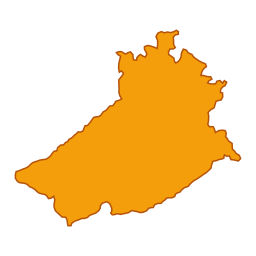 Belmiro Braga, Minas Gerais, Brazil (Robinson projection)
{"feature_id": "56859067B40732579968436", "entity_name": "Belmiro Braga", "entity_type": "district", "adm_level": 2, "iso_a3": "BRA", "parent_name": "Brazil", "parent_adm1": "Minas Gerais", "projection": "robinson", "projection_center": [-43.465, -21.971], "detail": "fine", "context": "isolated", "style": "filled", "palette": "amber", "viewbox_px": 256, "rotation_deg": 0, "n_neighbors": 0, "source": "geoboundaries", "source_scale": "gbopen_adm2", "svg_char_len": 3309}
<svg xmlns="http://www.w3.org/2000/svg" viewBox="0 0 256 256"><path d="M205.5,63.9L201.8,62.4L198.3,60.4L195.4,58.4L193.3,56.7L191.9,54.4L189.5,53.5L187.7,52.2L186.4,50.1L183.3,49.1L181.4,53.3L181.1,56.8L179.7,59.8L177.9,61.8L175.7,63.0L174.4,61.1L173.9,58.1L171.1,56.1L168.8,54.6L168.4,52.1L170.1,48.9L173.1,49.0L175.3,47.6L173.6,44.6L173.6,41.1L173.3,37.2L175.3,34.9L178.3,34.3L178.4,31.7L176.4,30.3L173.6,31.8L170.5,32.6L167.4,32.0L164.5,32.8L161.3,31.6L157.8,33.2L156.0,36.7L157.6,40.4L157.6,44.9L157.1,48.4L154.1,47.2L150.1,45.9L147.5,45.5L144.4,46.7L144.5,49.3L145.7,51.5L146.9,54.0L145.3,57.1L142.5,55.9L140.5,54.4L138.5,55.8L136.9,57.7L136.6,60.2L133.6,59.8L133.0,57.1L132.9,54.5L130.4,51.9L127.6,52.8L125.7,54.1L123.8,53.1L121.4,51.6L118.6,51.7L116.4,52.6L117.8,54.5L120.6,56.3L119.5,60.6L118.8,63.7L118.6,68.1L119.3,72.2L121.5,70.9L123.5,73.5L122.2,75.5L120.7,77.5L118.8,79.9L118.9,85.2L119.1,88.9L118.9,92.4L119.9,95.9L121.7,98.9L119.1,100.3L115.9,101.2L114.6,103.4L112.8,105.7L109.9,106.0L108.3,107.6L106.5,110.0L103.2,111.9L100.8,115.2L98.5,116.7L96.0,116.8L93.6,117.5L92.2,119.5L89.7,122.9L87.4,125.6L85.1,125.7L84.1,128.0L83.0,130.9L80.6,132.1L78.2,131.8L76.1,133.9L74.1,135.4L72.6,137.2L70.7,138.4L68.8,139.5L67.6,141.7L65.6,142.4L63.5,144.9L60.6,145.1L57.7,147.6L56.8,150.8L54.1,151.2L52.2,153.4L50.8,155.5L48.6,157.6L45.8,159.3L42.1,159.7L39.6,160.2L37.4,161.1L34.9,161.8L32.4,162.9L30.4,164.5L28.8,166.3L25.7,168.1L21.6,169.6L18.4,171.0L16.2,171.5L15.4,174.5L15.4,178.2L17.0,180.8L18.9,182.4L20.9,182.9L24.3,183.2L27.2,184.4L29.5,186.6L32.4,187.9L35.0,189.5L36.7,191.3L38.7,192.9L41.5,193.8L45.0,194.5L47.1,196.2L48.5,198.6L51.2,198.2L53.7,196.2L54.8,199.9L54.0,205.1L54.2,207.6L55.5,210.9L59.7,214.8L62.0,217.0L65.9,217.3L67.2,220.8L67.5,223.4L68.0,225.7L71.0,225.7L71.7,223.3L74.7,221.2L78.9,219.7L81.6,218.5L84.6,218.4L87.4,217.5L89.6,215.4L92.6,214.2L96.0,212.9L98.9,210.5L100.2,208.2L100.4,205.8L102.3,203.2L104.4,202.5L106.7,201.7L109.5,203.4L110.8,205.9L111.7,208.1L111.8,211.2L110.7,213.1L112.3,214.8L114.9,214.5L117.2,213.7L120.4,214.4L125.2,213.4L128.6,212.6L131.7,210.6L134.9,211.2L137.5,211.7L140.2,212.6L143.3,212.2L146.7,210.7L148.7,208.3L150.7,207.7L153.3,207.5L154.5,204.9L157.3,203.5L161.0,203.3L163.1,201.2L164.9,200.0L167.1,197.9L169.2,197.8L171.8,197.8L174.7,196.6L175.5,194.2L177.3,192.9L179.9,192.1L181.7,189.9L184.4,187.7L188.2,186.4L190.2,183.9L193.1,181.2L197.0,178.9L200.9,176.3L203.2,174.6L206.3,172.6L208.2,170.9L211.0,168.2L211.5,165.3L212.9,161.2L216.3,160.7L218.8,159.6L221.4,159.1L223.7,158.3L224.4,154.9L226.7,156.2L229.4,156.0L230.9,159.6L234.3,160.0L238.3,161.0L240.6,158.6L239.3,155.4L236.1,153.4L234.6,151.1L232.5,149.4L232.2,146.1L232.1,143.4L230.3,142.2L228.3,140.6L227.1,138.3L225.6,136.6L226.3,133.5L225.2,130.6L222.6,130.2L219.1,130.5L215.4,132.5L214.4,129.1L213.2,126.7L209.4,126.7L207.8,124.4L208.5,120.9L208.7,116.2L208.1,112.4L210.7,109.7L214.0,107.9L215.0,104.8L216.0,101.4L218.7,100.4L221.2,99.9L222.7,97.0L222.6,93.0L220.4,92.5L220.7,89.4L222.6,87.0L225.1,85.6L226.7,82.2L224.3,80.6L222.7,83.2L220.0,80.5L216.9,81.2L215.6,83.8L210.8,84.0L207.6,82.9L208.9,80.8L211.9,79.1L210.7,76.8L208.3,76.7L206.0,76.3L203.7,75.5L200.9,75.5L201.7,72.3L202.6,70.2L204.3,68.1L206.4,66.6L205.5,63.9Z" fill="#f59e0b" stroke="#b45309" stroke-width="1.5"/></svg>